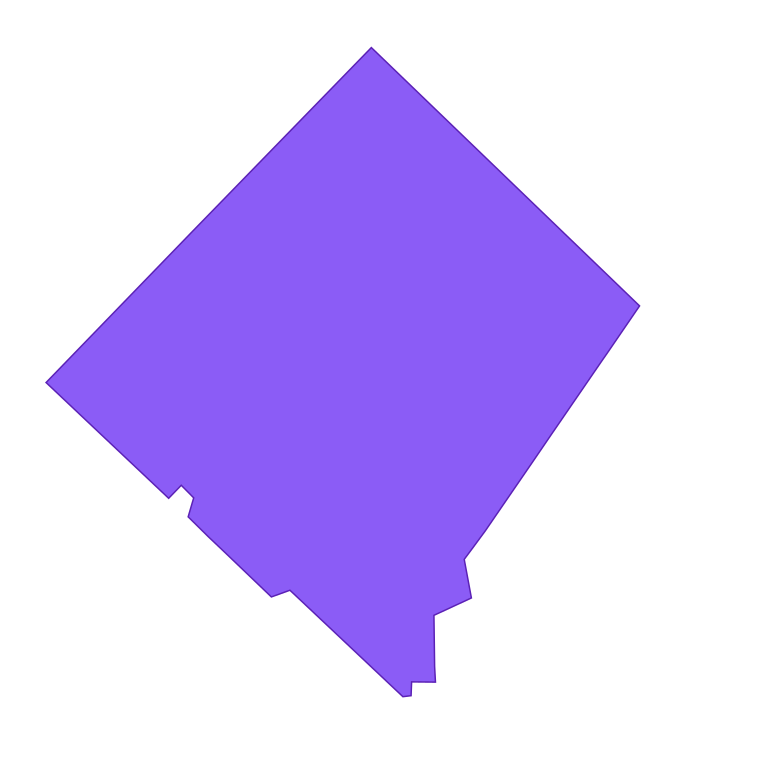 outline of Chambers, Alabama, United States of America, rotated 44°
{"feature_id": "52423323B15727406815643", "entity_name": "Chambers", "entity_type": "district", "adm_level": 2, "iso_a3": "USA", "parent_name": "United States of America", "parent_adm1": "Alabama", "projection": "orthographic", "projection_center": [-85.292, 32.918], "detail": "fine", "context": "isolated", "style": "filled", "palette": "violet", "viewbox_px": 768, "rotation_deg": 44, "n_neighbors": 0, "source": "geoboundaries", "source_scale": "gbopen_adm2", "svg_char_len": 494}
<svg xmlns="http://www.w3.org/2000/svg" viewBox="0 0 768 768"><g transform="rotate(44 384 384)"><path d="M141.2,150.8L140.2,409.7L139.9,617.7L308.5,615.8L308.5,597.7L326.2,598.1L335.4,615.6L363.9,615.9L385.3,615.7L450.9,615.4L459.6,597.7L614.8,595.8L620.0,589.4L610.8,579.1L628.1,562.7L616.6,552.0L580.6,515.7L595.5,477.2L563.5,454.4L562.1,443.4L558.9,419.4L544.6,334.2L539.6,305.0L524.5,215.1L523.1,206.4L513.6,150.3L141.2,150.8Z" fill="#8b5cf6" stroke="#5b21b6" stroke-width="1.5"/></g></svg>